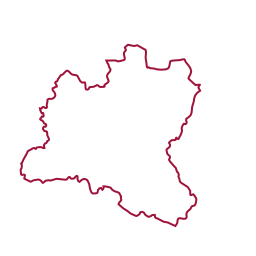 map outline of Lipetsk (orthographic projection), rotated 20°
{"feature_id": "RUS-2363", "entity_name": "Lipetsk", "entity_type": "Region", "adm_level": 1, "iso_a3": "RUS", "parent_name": "Russia", "parent_adm1": "", "projection": "orthographic", "projection_center": [38.959, 52.736], "detail": "fine", "context": "isolated", "style": "outline", "palette": "rose", "viewbox_px": 256, "rotation_deg": 20, "n_neighbors": 0, "source": "natural_earth", "source_scale": "10m", "svg_char_len": 5794}
<svg xmlns="http://www.w3.org/2000/svg" viewBox="0 0 256 256"><g transform="rotate(20 128 128)"><path d="M183.0,68.3L181.3,70.8L180.5,72.7L180.2,73.8L180.0,74.9L180.0,76.7L180.2,78.3L180.7,80.5L180.8,81.5L181.0,85.5L181.2,86.7L182.4,91.4L182.5,92.5L182.5,93.2L182.4,94.8L181.6,96.4L179.6,99.6L180.1,101.3L180.5,101.8L181.1,102.4L181.3,102.9L181.3,103.6L180.9,104.4L180.6,104.8L180.0,104.9L179.2,104.8L178.9,105.2L178.6,106.3L178.4,107.9L178.4,109.2L178.7,110.4L179.4,111.4L179.7,112.2L179.9,113.3L179.8,117.1L179.3,119.3L179.4,120.2L179.1,121.1L177.9,121.2L176.8,120.6L176.6,120.8L176.5,121.3L176.9,122.2L176.8,122.7L176.3,123.2L173.2,124.6L171.7,127.2L171.6,127.7L171.8,128.1L173.0,129.1L173.4,129.6L173.6,130.4L173.6,131.1L173.5,131.6L173.3,132.1L172.0,134.2L171.8,134.6L171.7,135.4L172.1,136.3L173.5,138.4L174.0,138.9L175.1,139.5L176.6,140.0L177.0,140.4L177.5,141.2L177.6,141.7L177.6,142.1L177.3,143.5L177.7,144.1L178.8,145.0L184.5,148.2L186.3,149.0L186.9,149.6L188.9,152.3L190.3,152.8L191.8,154.6L191.9,156.2L192.2,156.6L193.5,158.0L195.1,160.5L196.9,161.4L203.5,162.8L204.9,163.4L207.9,165.8L208.3,166.8L209.3,169.2L209.6,169.5L210.0,169.6L210.4,169.4L211.8,168.1L212.2,168.0L212.6,168.2L215.8,170.5L216.6,171.6L216.9,172.7L217.3,175.1L217.4,176.3L217.3,177.0L217.2,177.6L216.6,178.4L215.1,179.4L214.7,180.0L214.3,182.8L214.0,183.5L212.6,185.8L212.4,186.6L212.2,187.8L212.3,189.0L213.4,191.1L213.5,191.6L213.5,192.7L213.0,193.5L211.7,194.2L207.7,195.0L207.0,195.3L206.4,195.9L206.1,196.5L206.1,197.2L206.3,198.5L206.7,199.7L206.7,201.0L206.0,203.9L197.7,203.2L193.4,203.9L186.4,202.9L185.3,203.1L183.9,202.5L182.9,200.5L180.9,201.3L180.1,202.1L179.8,202.7L179.3,203.2L178.3,204.1L177.4,204.4L176.9,204.4L174.7,203.9L173.5,203.4L172.3,202.3L171.4,202.0L170.3,201.9L169.0,202.5L168.4,203.0L168.3,203.4L168.4,204.6L168.1,205.3L167.7,205.9L166.5,207.4L166.1,207.7L165.6,207.9L159.8,207.5L155.3,206.0L151.3,205.2L145.2,202.9L145.1,201.7L145.3,200.9L146.1,199.0L146.3,198.2L146.3,197.9L145.1,196.0L144.8,194.7L144.5,194.3L142.6,192.8L142.2,192.2L141.0,191.9L136.7,192.0L134.3,191.4L132.2,190.1L131.2,190.0L126.2,190.7L124.9,191.2L125.5,192.1L125.5,193.0L125.4,194.1L125.1,194.8L123.1,193.6L121.8,194.5L121.1,196.5L121.4,198.9L121.2,199.7L119.8,200.6L117.4,201.5L116.6,201.4L115.9,201.1L114.9,200.3L113.5,198.6L112.6,197.3L111.0,194.4L110.2,193.4L108.0,191.3L107.5,191.0L106.8,190.7L105.3,190.7L104.6,190.8L103.6,191.3L102.8,191.9L102.0,193.0L100.9,195.2L99.5,194.9L98.7,194.2L98.1,193.4L97.6,191.9L97.1,190.8L96.8,190.5L96.5,190.5L96.0,190.7L95.5,191.5L95.2,192.0L94.9,193.3L94.4,193.9L94.0,194.2L92.5,194.9L91.6,195.0L91.2,194.9L90.5,194.2L89.7,194.1L89.3,194.3L88.8,195.0L88.5,195.9L88.2,197.1L87.7,197.5L86.9,198.0L78.2,200.2L73.0,204.0L71.5,204.1L68.9,205.5L68.2,206.3L67.7,207.4L67.2,208.3L66.8,208.6L66.5,208.7L65.4,208.0L63.7,207.1L61.6,207.0L61.0,207.2L56.8,209.7L55.3,211.5L54.6,211.8L48.0,211.1L47.8,210.9L47.4,207.9L46.8,207.3L45.8,207.5L44.8,208.2L44.0,208.4L43.6,208.2L43.3,207.9L41.6,204.5L41.4,203.8L41.7,202.4L41.4,200.5L40.7,198.7L40.5,198.3L39.8,198.1L40.4,196.1L40.5,193.5L41.6,186.9L41.8,184.0L43.8,181.8L45.2,180.0L46.1,179.2L46.9,178.9L48.4,179.2L48.6,179.1L48.7,177.9L49.1,177.5L49.8,177.0L52.2,175.9L53.5,175.7L55.5,175.8L56.3,175.3L55.0,173.4L54.9,172.7L55.3,171.0L56.2,170.2L56.5,169.5L56.6,169.1L56.6,167.9L57.5,167.0L57.7,166.3L57.6,165.7L57.2,165.0L54.6,162.4L54.3,161.8L54.0,160.8L53.2,159.4L52.2,159.0L51.0,159.4L50.4,159.4L48.5,158.0L48.3,157.7L48.2,157.3L48.2,156.6L48.4,155.7L48.9,155.3L49.9,155.1L50.1,154.9L50.2,154.7L50.3,153.6L50.1,153.2L49.9,152.8L49.2,152.4L47.9,152.4L47.2,152.0L45.9,150.8L45.3,150.4L44.8,150.3L44.1,150.4L43.0,150.1L42.4,149.7L42.4,149.1L42.5,148.7L42.9,148.1L43.1,146.7L43.3,146.5L44.3,146.4L44.5,146.2L44.6,145.7L44.4,145.1L43.3,143.1L43.0,143.0L42.6,143.1L42.1,143.6L41.7,143.5L39.5,141.3L38.6,139.7L39.7,139.6L40.0,139.4L40.2,139.0L40.3,138.2L41.0,137.3L41.7,137.1L43.6,137.5L44.4,137.1L44.6,136.8L44.7,136.3L44.5,135.6L44.0,134.9L43.8,134.3L43.6,133.4L43.4,131.4L43.2,130.6L42.7,129.4L42.7,129.0L43.1,128.3L43.7,127.7L46.2,126.8L47.1,126.1L47.8,125.3L48.2,124.7L48.4,123.9L48.6,122.8L48.5,122.0L47.8,120.8L46.4,119.4L44.9,118.6L44.4,118.2L44.0,117.7L43.7,117.0L43.7,116.5L43.8,116.2L44.8,115.5L45.8,114.1L46.9,113.5L46.6,112.6L44.1,110.5L44.3,109.3L45.4,108.3L45.5,107.8L45.5,106.5L45.6,105.7L46.9,101.1L48.2,100.2L48.8,99.4L49.1,98.3L50.3,95.9L50.8,95.2L51.2,94.9L51.9,94.9L53.5,95.3L55.5,96.3L56.8,96.7L57.7,96.8L61.6,96.1L62.2,96.2L62.7,96.4L67.0,100.2L68.7,100.9L69.6,101.0L70.7,100.4L71.5,100.0L72.0,100.0L72.3,100.2L72.4,100.4L73.6,103.0L74.5,105.1L75.2,105.9L75.5,106.0L76.6,105.9L77.3,105.3L77.7,104.7L77.8,103.2L77.9,102.9L78.1,102.7L80.7,101.5L81.8,100.8L84.2,98.3L85.0,98.2L87.6,99.0L91.3,97.6L91.8,96.9L91.2,96.2L91.3,95.3L93.3,92.5L93.8,91.3L93.8,90.9L93.6,90.3L90.9,87.2L90.4,86.0L90.6,84.0L90.8,83.2L91.5,81.7L91.6,81.2L91.7,79.7L91.6,79.2L91.3,78.6L90.1,77.8L89.3,77.0L87.9,75.0L86.7,74.2L84.6,72.0L93.2,68.8L95.6,68.8L96.2,68.7L100.0,66.2L100.8,65.6L101.3,65.0L101.3,64.7L101.3,64.2L101.0,63.3L99.3,60.7L98.5,58.9L98.6,57.8L99.1,56.7L99.4,55.5L99.0,55.0L98.1,54.1L97.5,53.4L98.8,50.9L99.6,49.8L105.0,49.0L106.2,48.6L108.0,47.3L108.6,47.1L117.6,48.6L118.0,48.8L119.0,50.6L120.3,55.3L121.1,57.1L122.1,58.7L123.4,61.2L124.6,63.8L125.3,64.5L125.8,64.6L126.3,64.0L126.7,63.9L128.3,64.2L132.7,63.1L135.2,63.0L139.4,61.8L143.4,60.0L145.2,58.4L145.7,57.0L145.6,55.2L145.4,53.9L145.0,51.6L145.0,50.9L145.6,50.2L146.9,49.4L153.6,46.4L156.0,44.7L157.4,44.2L158.2,44.6L158.7,45.3L159.9,46.4L163.5,48.5L166.1,50.5L166.7,51.2L168.0,53.2L168.2,54.4L168.2,55.5L168.2,56.6L167.8,59.0L167.9,60.7L168.8,61.3L176.6,64.5L180.6,62.8L180.8,62.9L180.2,64.7L180.5,66.0L183.0,68.3Z" fill="none" stroke="#9f1239" stroke-width="2"/></g></svg>